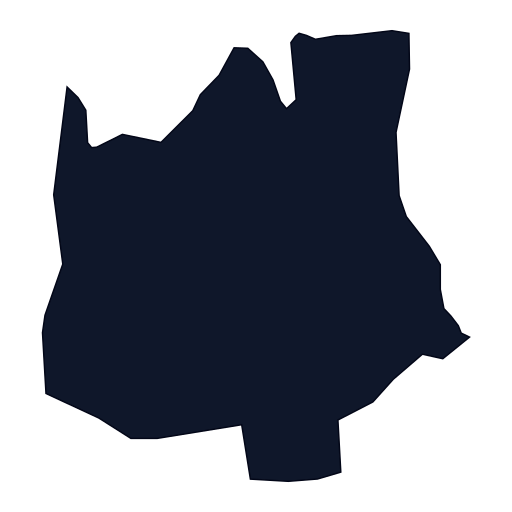 Viesites, Natural Earth projection, rotated 90°
{"feature_id": "LVA-5733", "entity_name": "Viesites", "entity_type": "Municipality", "adm_level": 1, "iso_a3": "LVA", "parent_name": "Latvia", "parent_adm1": "", "projection": "natural_earth1", "projection_center": [25.472, 56.304], "detail": "fine", "context": "isolated", "style": "filled", "palette": "ink", "viewbox_px": 512, "rotation_deg": 90, "n_neighbors": 0, "source": "natural_earth", "source_scale": "10m", "svg_char_len": 848}
<svg xmlns="http://www.w3.org/2000/svg" viewBox="0 0 512 512"><g transform="rotate(90 256 256)"><path d="M194.8,458.3L87.0,444.9L87.5,444.4L97.6,434.0L110.2,426.2L142.7,424.4L147.6,420.4L147.2,415.3L134.4,389.6L142.4,351.0L110.7,319.2L94.6,311.6L75.3,292.9L47.8,277.9L48.3,264.2L61.9,249.1L79.9,239.0L101.2,231.6L108.7,225.5L99.7,215.8L42.6,221.1L36.3,216.6L33.3,212.9L35.4,205.6L39.3,196.6L35.7,175.5L35.4,160.4L30.7,120.0L33.4,103.1L69.1,102.5L132.4,116.0L195.6,112.9L216.6,105.7L246.3,82.7L264.7,71.7L289.4,71.7L308.6,68.1L315.9,61.2L325.7,53.7L333.1,50.8L337.1,42.5L358.7,69.2L354.2,89.6L379.2,118.7L401.9,139.1L420.0,174.1L472.1,171.2L479.0,194.5L481.3,223.7L479.1,261.6L424.7,270.3L438.4,354.9L438.4,381.1L418.0,413.2L393.5,466.0L332.7,469.5L315.2,467.0L264.1,449.2L194.8,458.3Z" fill="#0f172a" stroke="#020617" stroke-width="1.5"/></g></svg>